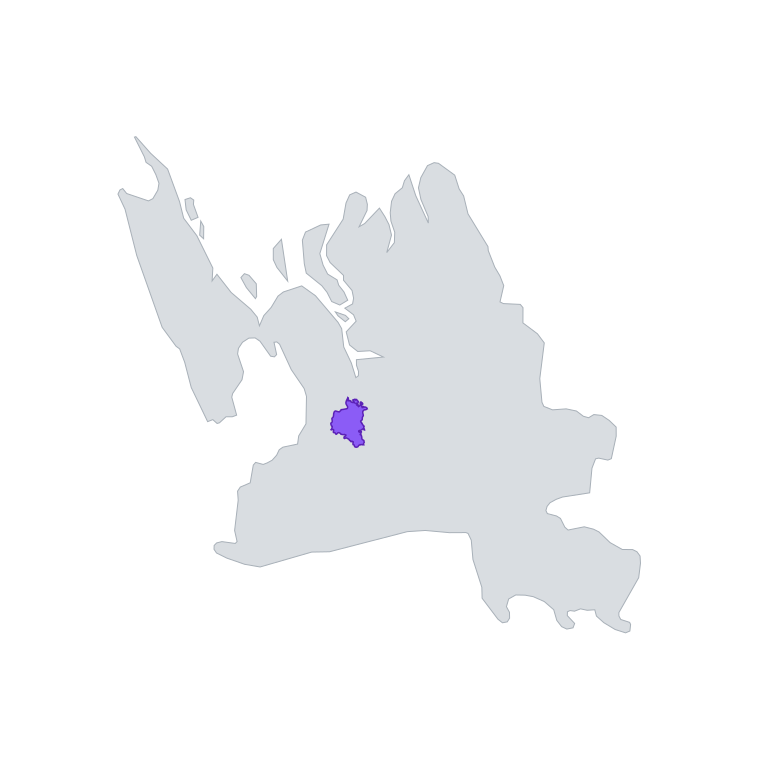 Narsingdi, Dhaka, Bangladesh shown in context, rotated 167°
{"feature_id": "16705992B95243043657125", "entity_name": "Narsingdi", "entity_type": "district", "adm_level": 2, "iso_a3": "BGD", "parent_name": "Bangladesh", "parent_adm1": "Dhaka", "projection": "mercator", "projection_center": [90.739, 24.007], "detail": "fine", "context": "in_parent", "style": "filled", "palette": "violet", "viewbox_px": 768, "rotation_deg": 167, "n_neighbors": 0, "source": "geoboundaries", "source_scale": "gbopen_adm2", "svg_char_len": 9042}
<svg xmlns="http://www.w3.org/2000/svg" viewBox="0 0 768 768"><g transform="rotate(167 384 384)"><path d="M264.1,549.3L263.9,530.9L251.8,494.5L252.4,490.5L249.8,473.0L246.7,463.2L245.2,452.9L252.5,437.9L249.6,435.5L233.3,430.9L231.4,427.1L234.9,412.3L223.2,398.4L218.6,388.0L231.0,354.2L234.2,330.7L233.3,326.2L225.6,320.9L212.1,318.8L202.6,314.4L197.0,307.7L192.2,305.1L186.4,307.0L178.9,304.4L172.7,297.8L167.5,289.8L169.5,280.9L179.3,260.1L183.0,259.5L191.5,263.5L194.7,263.5L200.3,255.2L208.1,231.7L235.5,233.7L242.1,232.9L248.9,231.0L252.6,228.1L254.7,224.3L254.0,221.0L245.6,216.6L242.3,213.3L240.0,203.8L237.5,200.3L221.0,199.8L212.5,195.4L207.8,191.5L199.4,178.6L189.0,169.1L179.1,166.8L175.3,163.7L173.2,158.8L174.4,151.7L179.4,138.0L206.6,108.4L207.3,105.1L206.3,101.3L198.3,96.5L197.8,94.2L200.0,88.0L204.6,87.2L214.0,92.8L223.5,102.0L229.2,110.1L229.4,116.6L236.9,117.8L243.1,120.7L249.5,119.8L253.7,121.4L256.5,120.8L257.5,117.1L252.1,107.8L254.7,103.9L261.0,104.1L265.5,107.6L268.8,114.8L269.4,125.9L276.8,136.0L286.4,143.2L294.0,146.5L303.1,148.8L310.9,146.5L314.8,139.5L313.1,133.3L314.3,127.6L317.4,124.5L322.3,124.7L325.9,129.2L336.6,153.2L334.4,163.9L336.8,193.0L334.1,212.2L335.7,219.5L337.6,220.8L353.6,224.4L376.7,232.0L394.5,234.9L474.8,232.8L492.3,236.5L545.9,233.6L560.4,239.7L576.3,249.7L585.2,257.0L586.8,261.2L585.8,264.9L582.8,266.8L577.4,266.9L564.8,262.1L562.6,263.5L562.5,274.9L552.2,303.6L550.8,312.5L547.2,315.9L536.6,317.8L529.6,334.4L526.7,336.5L519.8,332.8L515.5,333.4L510.1,334.9L504.6,338.8L500.9,343.5L496.7,345.2L481.7,344.9L478.8,352.6L469.0,362.7L462.3,389.4L462.8,397.5L471.1,418.8L476.8,446.3L479.0,449.1L481.8,449.4L482.0,436.8L484.7,435.1L488.2,436.6L495.2,453.6L499.2,457.9L505.4,459.1L512.5,456.5L517.8,451.5L519.9,446.2L518.1,427.6L521.4,420.1L533.6,408.8L535.3,405.4L534.6,386.8L539.2,386.2L545.3,387.6L553.1,383.2L555.5,383.1L558.8,387.8L564.3,387.0L572.6,423.9L573.3,449.9L575.2,464.2L578.1,467.5L587.4,489.1L596.0,564.8L597.0,612.6L600.5,628.9L597.6,632.5L594.6,633.2L591.9,627.5L572.3,615.4L567.5,616.6L560.8,623.7L558.1,630.2L559.2,639.4L561.4,648.4L566.0,653.5L566.4,659.3L571.6,680.7L570.1,680.8L559.5,661.3L546.5,642.1L542.2,607.7L541.9,590.6L533.0,570.6L524.7,535.5L528.3,523.1L522.1,528.5L512.3,507.5L497.0,486.8L492.5,477.7L492.3,468.7L485.7,477.7L476.7,484.0L467.5,493.5L461.4,496.3L442.1,498.1L430.9,485.4L414.9,454.4L412.8,447.4L414.9,429.1L411.1,411.8L410.0,396.5L407.1,397.8L406.0,402.0L406.6,408.5L405.4,413.9L378.5,410.4L390.0,419.5L402.3,421.6L408.8,429.8L409.1,443.3L397.0,451.5L398.1,458.3L405.1,466.7L396.6,469.1L394.3,474.5L394.1,482.3L400.1,494.2L399.0,498.9L409.2,514.5L411.1,522.0L408.6,532.5L386.7,553.8L380.3,568.9L374.9,576.0L368.1,577.3L359.9,570.1L359.8,562.8L361.5,556.9L372.9,542.8L366.7,544.7L348.9,556.4L345.5,546.9L343.3,538.2L343.2,527.4L351.8,511.4L342.1,519.4L339.4,529.4L340.6,541.2L339.4,549.5L335.5,560.4L330.4,566.9L322.0,571.1L318.3,577.5L312.7,582.3L310.7,560.4L304.6,530.8L303.3,537.1L306.5,555.5L306.3,567.4L301.7,576.8L292.5,587.0L285.4,588.4L281.3,586.8L268.1,571.6L266.9,557.2L264.1,549.3ZM426.3,549.7L409.9,553.2L401.6,552.1L417.2,525.5L416.6,513.5L414.2,503.8L406.3,496.0L405.9,490.4L402.3,482.7L400.5,473.8L409.3,470.9L416.4,476.1L418.9,486.2L422.5,493.8L434.8,509.5L434.6,519.1L431.2,542.5L426.3,549.7ZM461.4,540.9L451.4,548.1L454.7,505.9L462.1,521.6L463.9,530.0L461.4,540.9ZM499.5,519.9L495.2,522.9L491.1,520.3L485.9,510.4L488.4,497.9L490.1,496.1L496.4,508.9L499.5,519.9ZM536.4,608.5L530.7,609.0L528.0,606.0L529.3,601.8L527.7,588.2L535.0,586.9L537.6,598.2L536.4,608.5ZM530.1,570.5L525.9,584.0L524.2,578.0L527.1,566.1L530.1,570.5ZM413.5,460.8L415.2,465.2L406.1,459.5L403.6,455.5L407.7,453.4L413.5,460.8Z" fill="#d9dde1" stroke="#a8b0b8" stroke-width="1"/><path d="M445.9,351.4L445.5,351.1L444.7,351.2L444.1,351.2L443.7,351.1L443.4,350.7L443.4,350.4L443.6,349.8L444.1,348.9L444.2,348.6L444.2,348.3L444.0,348.0L443.4,347.9L443.0,347.7L442.8,347.6L442.7,347.3L442.6,347.0L442.4,346.5L442.2,346.1L442.0,345.8L441.7,345.8L441.3,345.9L440.7,346.4L440.0,346.8L439.6,346.8L439.0,346.8L438.8,346.7L438.4,346.5L437.5,345.5L437.3,345.2L437.3,344.8L437.0,344.6L435.1,343.8L433.8,343.7L433.5,343.4L433.3,343.2L432.7,343.0L432.7,342.8L432.7,342.5L433.0,342.1L434.4,341.6L434.7,341.4L434.9,341.2L435.0,341.0L435.0,340.4L435.1,340.2L434.7,339.8L434.5,339.7L434.3,339.8L433.9,339.9L433.4,340.0L433.1,340.0L432.6,339.8L432.3,339.5L431.9,339.1L430.8,338.3L430.4,337.5L430.3,337.2L430.3,336.8L430.2,336.7L429.5,336.3L429.4,335.8L429.3,335.4L429.1,335.2L428.9,335.4L428.9,335.5L428.5,335.5L428.2,335.3L427.7,335.2L427.6,334.9L427.4,334.7L427.1,334.6L427.2,334.3L427.1,334.1L427.5,333.6L427.5,333.3L427.7,332.8L427.6,332.4L427.8,332.1L427.7,331.8L427.5,331.7L427.3,331.6L426.8,331.2L426.7,330.6L426.8,330.2L426.6,329.7L426.5,329.3L426.0,329.1L425.6,328.7L425.4,328.6L424.6,328.7L424.0,328.6L423.9,328.6L423.4,328.9L422.7,329.6L422.1,330.0L421.7,330.0L421.1,330.3L420.9,330.2L420.7,330.0L420.2,330.2L419.8,330.1L419.3,329.9L419.0,329.7L418.5,329.6L417.4,329.3L417.4,329.6L417.6,329.9L417.7,330.0L417.5,330.5L417.2,330.8L416.6,331.3L416.4,331.6L416.4,332.5L416.4,333.0L416.3,333.4L416.4,333.6L417.0,334.2L417.5,334.6L417.7,335.0L417.9,335.7L417.7,336.5L417.7,336.9L417.6,337.3L417.6,338.0L417.7,338.3L417.6,339.1L417.7,339.5L418.0,339.7L418.5,339.9L418.6,340.1L418.4,340.5L417.7,340.9L417.5,341.5L417.2,342.0L416.8,342.3L416.8,342.6L417.6,342.9L417.9,342.8L418.4,342.6L418.6,342.5L418.9,342.7L419.1,342.9L419.3,343.3L419.3,343.5L419.1,343.9L419.0,344.1L418.1,344.2L417.5,344.1L417.2,344.1L416.2,344.4L415.6,344.5L415.3,344.9L414.9,345.0L414.5,344.9L414.1,344.6L413.8,344.2L413.7,343.7L413.3,343.6L413.3,344.4L413.5,345.3L413.5,345.8L413.5,346.7L413.4,346.8L413.2,346.8L412.9,347.2L413.1,347.8L413.3,347.9L413.7,348.7L413.9,349.2L413.9,349.3L414.2,350.0L414.4,350.3L414.5,350.5L414.3,350.7L414.5,351.0L414.5,351.3L414.6,351.5L414.8,351.5L415.0,351.8L415.0,352.0L414.9,352.4L415.0,352.7L415.1,352.8L415.1,353.1L414.9,353.3L413.5,353.9L413.3,354.1L413.1,354.5L412.9,355.3L412.7,356.1L412.4,356.6L412.1,357.0L411.5,357.5L411.3,357.8L411.2,358.3L411.2,360.7L410.9,361.9L410.6,362.2L410.4,362.5L409.2,363.2L408.8,363.3L408.6,363.3L408.1,363.1L407.4,363.1L406.8,363.2L406.5,363.4L406.3,363.6L405.9,363.6L406.0,364.3L406.1,364.6L406.6,365.2L407.4,365.7L407.7,365.9L408.3,365.8L408.6,366.0L408.8,366.2L408.9,366.4L408.9,366.5L409.1,366.7L409.3,366.7L409.5,366.6L409.6,366.1L409.9,365.8L410.0,365.9L410.1,366.1L410.1,366.3L410.3,366.5L410.6,366.3L410.8,366.9L410.6,367.4L410.8,367.7L410.7,367.7L410.6,367.9L410.5,368.3L410.3,368.6L410.3,369.1L410.2,369.2L409.6,369.0L409.4,369.1L409.4,369.3L409.2,369.4L409.2,369.6L409.2,369.8L409.3,369.9L409.6,370.3L409.5,370.5L410.1,370.9L410.3,371.2L410.3,371.3L410.3,371.5L410.5,371.7L411.0,371.2L411.3,371.3L411.5,370.9L411.6,370.4L411.4,370.1L411.3,369.8L411.7,369.6L411.6,369.4L411.9,368.7L412.4,368.4L412.8,368.0L413.2,368.2L413.3,368.1L413.5,368.1L413.8,367.9L413.9,368.6L414.1,368.7L414.4,368.7L414.4,369.0L414.4,369.3L414.7,369.4L414.4,369.6L414.0,369.7L413.9,369.8L413.9,370.0L414.0,370.1L414.5,370.4L414.6,370.6L414.9,370.7L414.8,370.8L415.3,370.6L415.5,370.8L415.4,371.1L415.3,371.3L415.1,371.4L414.9,371.2L414.3,371.2L413.9,371.3L413.7,371.4L413.6,371.5L413.4,371.7L413.2,372.3L413.0,372.6L413.2,372.9L413.3,373.4L413.8,373.8L413.9,374.2L414.1,375.0L414.3,375.1L414.8,375.3L415.0,375.1L415.4,375.0L415.5,374.9L415.7,375.1L415.8,375.1L415.8,375.3L415.6,375.5L416.2,375.7L416.4,375.5L416.9,375.4L417.0,375.5L417.4,375.6L417.5,375.4L417.9,375.3L418.0,375.3L418.0,375.2L417.9,375.0L417.8,374.7L417.8,374.2L417.6,373.9L417.6,373.6L417.4,373.5L417.3,373.3L417.1,373.2L417.1,372.6L416.8,372.3L416.8,372.2L417.1,372.4L417.3,372.5L417.6,372.8L418.1,373.0L418.4,372.9L418.7,373.0L419.0,373.2L419.2,373.5L419.7,373.8L419.8,373.7L420.3,374.2L420.5,374.6L420.4,374.8L420.3,375.1L421.2,375.3L421.4,375.7L421.5,375.7L422.0,375.7L421.9,375.8L422.2,375.9L422.2,376.2L422.9,376.4L422.4,377.1L422.0,377.9L422.0,378.1L422.0,378.6L422.3,378.9L422.4,378.6L422.6,378.4L422.8,378.0L423.3,377.6L423.5,377.2L424.1,376.6L424.1,376.4L424.5,376.0L425.2,374.7L425.4,373.8L425.4,372.9L425.0,371.6L424.7,370.6L424.6,370.3L424.6,369.9L424.7,369.4L424.9,368.9L425.1,368.6L425.3,368.5L425.8,368.3L426.6,368.3L428.9,368.4L429.5,368.4L430.1,368.5L431.1,368.5L431.4,368.5L431.5,368.6L431.9,368.3L432.1,367.9L432.3,367.8L432.9,367.5L433.6,367.0L433.9,366.9L434.2,367.0L435.3,367.5L436.3,368.1L436.9,368.4L437.3,368.6L437.6,368.6L438.0,368.5L438.3,368.4L438.7,368.1L439.1,367.5L439.7,366.5L439.9,365.9L440.1,365.0L440.4,364.4L440.6,363.8L440.7,363.6L441.2,363.1L441.5,362.8L442.0,362.6L442.4,362.3L442.5,362.1L442.6,361.8L442.7,360.1L442.7,359.6L442.8,359.3L443.1,358.7L443.5,358.3L443.8,358.1L444.1,358.1L444.5,357.8L444.6,357.7L444.7,357.4L444.8,356.5L444.7,355.7L444.5,355.0L444.5,354.8L444.1,354.6L444.0,354.0L444.4,353.3L444.5,352.9L444.9,352.3L445.3,351.9L445.5,351.7L445.8,351.5L445.9,351.4Z" fill="#8b5cf6" stroke="#5b21b6" stroke-width="1.5"/></g></svg>